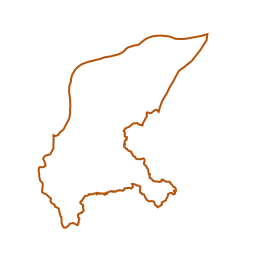 Viengxay, Houaphan, Laos (Equal Earth projection), rotated 78°
{"feature_id": "54806243B54136616884271", "entity_name": "Viengxay", "entity_type": "district", "adm_level": 2, "iso_a3": "LAO", "parent_name": "Laos", "parent_adm1": "Houaphan", "projection": "equal_earth", "projection_center": [104.544, 20.388], "detail": "fine", "context": "isolated", "style": "outline", "palette": "amber", "viewbox_px": 256, "rotation_deg": 78, "n_neighbors": 0, "source": "geoboundaries", "source_scale": "gbopen_adm2", "svg_char_len": 6002}
<svg xmlns="http://www.w3.org/2000/svg" viewBox="0 0 256 256"><g transform="rotate(78 128 128)"><path d="M52.7,30.8L52.9,33.2L53.2,37.3L52.8,51.3L52.6,54.0L52.2,56.6L51.7,58.8L50.4,63.6L47.8,67.1L46.9,69.0L44.6,75.9L43.8,80.2L43.4,84.8L44.0,89.8L44.5,91.8L45.9,95.0L48.3,99.4L48.7,100.8L48.6,104.6L49.2,111.3L49.6,112.0L50.2,113.8L51.0,114.5L51.8,115.4L52.5,117.0L53.5,119.7L54.1,123.0L54.2,128.4L54.4,129.7L54.0,135.2L54.2,138.0L54.8,141.2L54.7,145.7L55.0,148.9L54.9,152.3L55.5,157.1L55.9,159.0L55.9,159.7L57.6,163.7L58.1,164.8L59.2,166.5L60.4,167.9L62.5,169.8L63.6,171.0L64.9,171.8L68.3,173.6L70.8,174.2L73.4,175.9L75.9,177.0L79.9,178.0L87.6,178.7L93.8,179.7L95.3,180.0L98.9,181.2L100.1,181.2L102.2,181.8L106.4,183.5L109.1,185.6L113.4,189.3L115.3,190.7L116.0,191.5L117.1,193.2L117.5,194.6L118.5,195.7L119.4,196.9L120.2,197.4L120.3,198.4L120.6,199.2L120.7,199.8L120.7,200.7L120.2,201.7L119.6,202.4L124.4,203.3L128.3,204.3L130.6,204.8L132.2,205.0L135.7,208.0L137.7,209.6L137.7,214.0L138.7,216.0L140.4,217.4L142.7,216.8L145.6,216.4L147.6,216.4L148.6,218.4L148.6,220.3L147.9,222.1L148.2,223.1L149.4,223.7L151.3,224.4L154.1,224.3L156.9,224.9L160.5,224.9L162.1,224.4L163.2,223.4L164.9,223.0L169.8,224.4L171.3,225.2L173.2,225.2L174.7,223.7L175.2,222.3L180.1,218.8L180.7,218.1L181.5,218.2L183.8,219.1L185.7,218.2L186.6,217.1L187.8,215.8L189.5,215.9L192.2,212.6L200.2,212.4L201.0,211.7L207.4,212.7L210.7,212.1L212.1,211.3L212.6,209.8L212.0,208.4L211.2,206.7L209.6,204.9L209.5,201.6L210.3,200.2L210.9,199.7L212.3,198.1L212.3,197.4L211.9,197.2L211.6,196.7L210.8,196.5L210.3,196.1L210.1,196.2L209.3,195.6L208.7,195.5L207.5,195.0L206.8,194.4L206.2,194.6L205.6,195.1L204.9,195.0L204.6,195.3L204.1,195.1L203.2,195.2L202.2,194.4L201.8,194.4L201.8,193.7L201.6,192.9L201.7,192.4L201.2,192.0L201.3,190.8L200.9,190.4L200.5,190.3L200.4,189.6L200.0,189.1L199.8,188.6L198.8,188.3L198.0,188.6L197.3,188.7L197.0,188.5L196.5,188.6L196.1,188.5L195.3,188.4L195.1,187.9L194.9,187.9L193.7,188.2L192.9,189.3L192.3,189.4L191.7,190.2L190.6,190.1L189.8,189.0L189.7,188.2L188.7,187.6L188.5,187.2L187.8,186.4L187.4,186.3L187.1,185.5L186.3,185.1L185.7,184.3L185.7,183.8L185.5,183.2L185.7,182.4L185.4,180.7L185.3,180.4L185.0,180.0L184.6,179.8L184.5,179.5L185.1,178.7L185.4,176.4L185.1,175.6L185.3,174.7L185.0,172.8L184.9,172.1L185.3,172.0L186.1,172.1L185.4,170.3L185.5,170.2L185.9,170.2L186.0,169.7L186.3,170.0L186.4,169.9L186.4,168.6L186.7,167.7L186.6,167.2L186.9,166.6L186.8,166.1L186.9,165.7L187.2,165.2L187.8,165.2L188.4,164.8L188.5,164.7L188.1,164.1L188.1,163.6L187.3,163.8L187.3,163.5L187.9,163.0L188.0,162.3L187.7,162.2L187.0,162.8L186.9,162.0L187.1,161.7L186.9,161.3L186.6,160.9L186.6,160.2L186.4,159.0L186.3,157.4L186.6,156.5L186.7,156.4L187.2,156.4L187.3,156.2L186.9,155.6L186.9,154.8L187.0,154.6L187.8,154.0L187.6,152.9L187.0,151.7L187.1,150.9L187.3,150.4L187.3,149.6L187.0,149.2L187.2,148.8L187.4,148.7L187.5,148.5L187.8,147.2L188.1,146.7L188.3,146.0L188.3,145.8L187.9,145.6L187.6,145.1L187.5,144.5L186.6,144.2L186.4,143.9L186.5,141.9L187.0,138.3L187.5,138.1L187.9,137.5L187.8,137.1L187.2,136.8L186.9,135.8L186.7,135.6L186.2,135.4L183.6,135.7L184.4,133.3L185.2,132.1L185.9,131.6L186.2,130.5L186.5,129.8L188.0,128.1L188.3,128.1L191.4,129.4L192.4,129.5L193.6,129.5L194.0,129.1L194.2,128.6L194.6,128.4L195.4,128.3L195.7,128.0L196.1,126.5L196.3,126.2L196.7,126.0L199.1,125.8L199.6,125.4L200.9,125.2L201.5,124.7L202.1,124.6L202.5,124.4L203.2,123.7L203.6,123.0L204.2,122.4L204.4,121.7L204.4,121.3L204.2,120.6L204.5,120.0L204.6,119.4L204.8,119.0L205.6,117.9L207.0,117.6L208.4,117.6L209.4,117.3L209.6,117.1L209.7,116.5L209.9,116.3L210.9,116.0L211.8,115.2L211.1,113.9L211.0,112.9L210.2,111.9L210.3,111.5L210.2,111.2L210.0,110.8L209.5,110.7L208.3,110.6L207.8,110.3L207.5,109.9L207.4,108.9L207.3,108.1L206.9,107.3L206.9,106.4L206.7,106.1L205.7,105.5L204.4,104.5L203.5,103.6L201.0,102.5L200.8,102.2L200.4,99.8L200.4,98.9L200.6,98.7L201.6,98.1L202.4,97.4L202.4,96.8L202.3,96.3L201.9,95.8L201.3,95.3L199.9,96.0L198.9,96.2L198.9,95.6L199.3,94.1L197.6,93.9L196.0,94.4L195.7,94.6L195.0,95.7L194.5,96.2L193.2,96.5L192.7,96.7L191.4,97.7L189.3,98.3L189.2,98.4L188.8,100.7L187.6,103.3L186.7,103.8L185.6,104.8L185.6,105.7L185.8,106.1L187.1,106.3L187.3,106.5L187.2,107.3L187.3,108.1L187.2,108.9L186.3,110.9L185.9,112.6L184.8,114.6L183.2,115.2L182.5,115.6L181.6,116.9L181.0,117.2L180.2,116.9L179.4,117.0L178.9,117.0L177.8,116.1L177.6,116.1L177.3,117.0L177.0,117.2L175.0,117.2L174.3,117.0L171.9,117.2L170.4,118.0L169.7,117.9L168.4,118.5L168.0,119.0L167.5,119.3L166.7,119.8L165.4,119.7L165.0,119.5L164.6,118.9L164.2,118.7L162.1,118.5L161.4,118.7L161.1,119.0L160.9,119.5L161.2,121.9L161.1,122.6L160.9,122.9L160.9,123.5L160.4,125.3L159.4,126.7L158.7,127.0L157.8,126.9L157.3,127.5L156.9,128.0L156.7,128.6L156.4,128.8L154.6,129.0L153.9,129.3L153.2,129.9L152.9,130.0L152.2,129.7L151.7,129.9L151.4,130.2L151.0,131.3L150.1,132.5L149.1,132.9L148.7,133.2L148.3,133.2L148.2,133.4L148.1,133.9L147.7,134.4L146.6,134.8L145.7,135.6L144.9,135.4L143.9,135.6L143.4,135.1L143.4,134.2L143.2,134.1L142.6,134.4L142.5,134.8L142.3,134.8L141.9,134.4L140.9,134.3L140.5,134.1L139.8,133.7L139.5,133.3L139.5,132.3L139.2,131.8L138.8,131.7L138.1,131.7L137.4,131.0L137.1,130.9L136.9,130.9L136.7,131.2L135.6,132.8L135.2,133.0L134.4,132.7L133.4,132.7L132.8,132.0L131.7,132.1L130.3,132.9L129.8,132.7L129.1,132.0L127.9,130.6L127.7,130.1L127.2,127.1L127.0,126.3L126.4,125.4L125.8,124.0L125.0,123.0L124.7,122.2L124.8,120.4L125.0,119.8L125.0,118.7L125.2,117.9L126.6,116.8L126.9,116.2L127.8,115.3L128.1,114.5L128.5,113.4L128.5,113.2L128.1,113.0L127.3,113.2L127.0,112.7L125.9,112.1L124.9,111.0L122.5,109.1L121.2,107.7L120.5,107.1L119.4,106.8L117.9,107.0L116.7,106.1L116.7,105.9L118.1,103.3L118.2,102.4L118.0,101.7L116.5,98.9L116.0,97.3L116.0,96.6L116.5,95.9L118.5,94.6L114.7,92.7L109.9,89.7L105.8,86.4L102.3,83.0L97.4,79.2L95.3,77.4L91.8,74.0L86.4,69.6L83.5,67.1L82.5,66.0L81.6,64.2L80.9,62.1L75.7,51.7L67.1,41.4L58.6,33.0L52.7,30.8Z" fill="none" stroke="#b45309" stroke-width="2"/></g></svg>